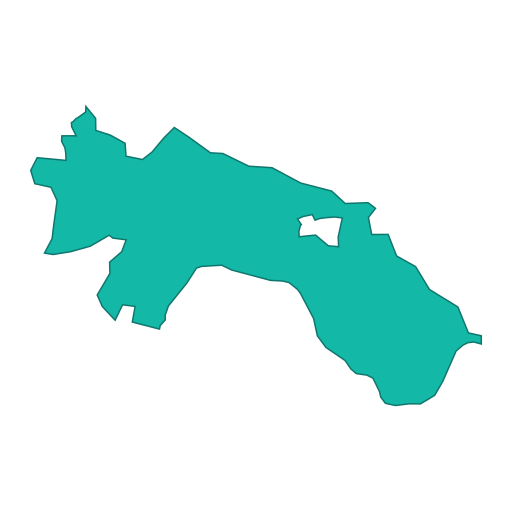 outline of Pskent, Tashkent, Uzbekistan
{"feature_id": "79887680B75193688061986", "entity_name": "Pskent", "entity_type": "district", "adm_level": 2, "iso_a3": "UZB", "parent_name": "Uzbekistan", "parent_adm1": "Tashkent", "projection": "natural_earth1", "projection_center": [69.451, 40.796], "detail": "fine", "context": "isolated", "style": "filled", "palette": "teal", "viewbox_px": 512, "rotation_deg": 0, "n_neighbors": 0, "source": "geoboundaries", "source_scale": "gbopen_adm2", "svg_char_len": 1601}
<svg xmlns="http://www.w3.org/2000/svg" viewBox="0 0 512 512"><path d="M85.9,106.5L85.7,112.0L81.1,115.3L77.9,117.6L76.0,118.6L73.3,121.5L71.4,122.6L71.7,126.8L76.2,135.9L74.3,135.8L61.9,135.8L61.7,138.7L61.6,141.1L62.1,142.3L64.9,147.8L65.8,153.3L66.0,160.4L37.2,157.7L30.7,170.4L34.8,183.7L51.0,187.3L57.1,200.7L53.9,223.8L52.1,238.6L44.5,253.1L53.1,254.5L70.6,251.7L90.2,246.2L109.2,235.2L112.8,238.1L126.2,239.8L121.7,251.7L109.6,262.2L109.9,273.4L97.2,295.0L102.3,306.5L115.1,320.2L122.6,304.8L135.1,306.4L132.3,322.1L159.5,329.1L160.2,325.5L165.3,319.9L165.2,315.2L168.4,306.0L175.6,297.0L186.6,283.4L196.5,268.1L201.5,266.4L221.7,265.2L231.9,270.1L270.6,280.4L282.6,281.0L289.1,282.6L297.5,289.4L300.5,293.5L313.6,318.5L317.4,335.9L325.9,347.4L345.2,360.6L350.9,369.0L356.3,373.6L366.8,375.1L373.0,378.2L379.5,391.6L380.8,397.2L385.4,403.3L389.3,404.2L395.6,405.5L409.1,403.8L420.4,403.9L434.7,395.3L442.9,381.1L456.1,351.0L463.0,345.1L467.9,342.7L473.8,342.0L481.3,344.0L481.3,335.8L468.4,332.9L457.9,307.0L429.5,289.5L415.6,266.6L396.6,256.0L388.1,234.4L371.7,234.5L368.4,217.5L375.5,208.4L368.1,202.7L345.2,203.5L331.7,191.1L300.6,183.0L272.0,167.7L248.8,166.2L222.9,153.5L210.4,152.8L188.8,137.1L174.3,127.5L163.7,138.1L152.1,152.0L142.5,159.5L126.0,156.2L125.1,143.3L110.5,135.2L95.8,130.4L95.6,118.3L85.9,106.5ZM312.3,214.6L315.0,220.2L319.7,218.5L326.8,217.6L334.9,217.0L342.3,218.0L338.2,237.0L338.6,246.7L328.3,245.8L315.6,235.1L307.1,235.9L299.2,236.8L298.9,231.4L300.5,225.1L301.4,224.7L297.5,219.0L303.1,216.5L312.3,214.6Z" fill="#14b8a6" stroke="#0f766e" stroke-width="1.5"/></svg>